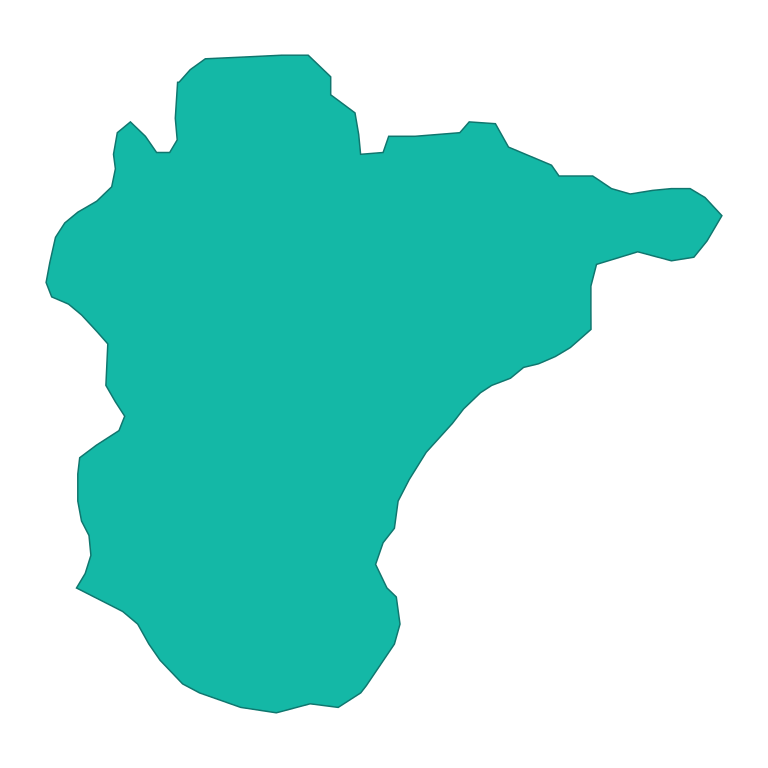 Danyang-gun, North Chungcheong, South Korea
{"feature_id": "91817680B46750425552975", "entity_name": "Danyang-gun", "entity_type": "district", "adm_level": 2, "iso_a3": "KOR", "parent_name": "South Korea", "parent_adm1": "North Chungcheong", "projection": "robinson", "projection_center": [128.397, 36.972], "detail": "fine", "context": "isolated", "style": "filled", "palette": "teal", "viewbox_px": 768, "rotation_deg": 0, "n_neighbors": 0, "source": "geoboundaries", "source_scale": "gbopen_adm2", "svg_char_len": 1363}
<svg xmlns="http://www.w3.org/2000/svg" viewBox="0 0 768 768"><path d="M177.6,82.3L175.3,118.3L177.2,139.9L169.7,152.5L156.6,152.5L145.4,136.3L130.4,121.9L117.3,132.7L113.5,154.3L115.4,168.8L111.7,186.8L96.7,201.2L77.9,212.1L64.8,222.9L55.5,237.3L49.8,262.6L46.1,282.5L51.7,296.9L68.5,304.1L81.6,315.0L96.6,331.2L107.8,343.9L105.9,385.4L115.3,401.7L124.7,416.2L119.0,430.6L96.5,445.1L79.7,457.7L77.8,474.0L77.8,501.1L81.5,521.0L89.0,535.5L90.9,555.4L85.2,573.5L76.5,588.0L122.7,611.5L137.7,624.1L148.9,644.1L160.1,660.3L182.6,683.9L199.5,692.9L240.7,707.4L276.3,712.8L279.8,711.9L310.1,703.8L338.2,707.4L360.7,692.9L366.3,685.7L394.4,644.1L400.0,624.1L396.3,597.0L386.9,587.9L375.6,564.4L383.1,542.7L394.4,528.3L398.1,501.1L409.3,479.4L426.2,452.3L452.4,423.4L463.6,408.9L480.5,392.7L491.7,385.4L510.5,378.2L523.6,367.4L538.5,363.8L555.4,356.5L570.4,347.5L591.0,329.4L590.9,309.6L590.9,286.1L596.5,264.4L637.7,251.8L671.4,260.8L693.9,257.2L707.0,241.0L721.9,215.7L705.1,197.6L690.1,188.6L671.4,188.6L652.6,190.4L630.2,194.0L611.5,188.6L592.7,176.0L581.5,176.0L559.0,176.0L551.5,165.2L508.5,147.1L495.4,123.7L469.2,121.9L459.8,132.7L414.9,136.3L388.7,136.3L383.1,152.5L360.6,154.3L358.7,134.5L355.0,112.9L330.7,94.8L330.7,76.8L308.2,55.2L282.0,55.2L244.6,57.0L205.3,58.8L190.3,69.6L179.1,82.2L177.6,82.3Z" fill="#14b8a6" stroke="#0f766e" stroke-width="1.5"/></svg>